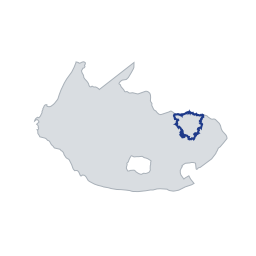 location of Waterberg, Limpopo, South Africa, rotated 53°
{"feature_id": "47623444B68910643198214", "entity_name": "Waterberg", "entity_type": "district", "adm_level": 2, "iso_a3": "ZAF", "parent_name": "South Africa", "parent_adm1": "Limpopo", "projection": "robinson", "projection_center": [27.237, -24.067], "detail": "fine", "context": "in_parent", "style": "outline", "palette": "blue", "viewbox_px": 256, "rotation_deg": 53, "n_neighbors": 0, "source": "geoboundaries", "source_scale": "gbopen_adm2", "svg_char_len": 7751}
<svg xmlns="http://www.w3.org/2000/svg" viewBox="0 0 256 256"><g transform="rotate(53 128 128)"><path d="M173.7,53.1L179.2,52.3L181.7,52.7L184.7,54.0L187.4,54.5L192.2,54.0L193.8,54.2L195.1,54.7L196.0,55.3L197.3,60.4L198.5,65.8L198.4,67.6L198.6,68.3L199.9,70.6L200.4,72.0L201.2,73.2L202.8,79.0L203.0,80.0L202.9,94.0L202.2,95.7L202.5,97.9L201.7,98.2L197.0,95.4L196.2,95.5L194.9,96.6L193.6,98.2L193.1,99.6L190.7,103.4L190.5,105.8L190.7,107.9L191.5,107.9L192.0,109.4L193.3,111.8L195.4,113.3L197.4,114.0L200.2,114.1L202.4,114.1L202.3,112.5L202.8,108.2L206.5,108.8L212.0,108.6L211.6,111.4L209.5,117.7L208.2,124.8L206.5,128.4L205.6,129.9L202.9,132.5L201.5,133.3L200.4,133.6L195.8,138.9L194.1,141.5L192.6,145.2L191.1,147.2L188.8,151.6L185.0,158.0L181.7,162.2L180.3,163.4L179.3,164.0L176.8,166.5L173.2,170.4L170.4,173.9L166.3,177.8L163.9,179.6L160.3,183.0L159.4,183.5L155.4,186.7L152.5,188.6L147.8,190.8L146.0,191.4L141.6,190.9L139.7,191.2L138.2,192.5L138.1,194.4L137.4,194.7L133.4,193.8L131.7,194.0L130.7,195.0L130.0,196.3L127.6,196.4L123.5,195.1L118.6,194.2L117.5,194.1L115.2,195.1L114.3,195.3L110.9,195.1L109.0,194.4L107.2,194.4L105.8,195.0L104.1,195.1L99.6,198.8L97.2,198.8L95.2,199.2L91.6,198.7L90.5,198.9L89.5,199.6L87.0,199.9L86.1,200.4L82.0,203.7L80.3,203.4L78.2,203.3L75.7,201.6L74.7,201.7L75.0,201.2L75.0,200.2L74.2,199.3L73.2,199.3L72.7,198.5L71.2,198.4L70.0,198.7L69.7,195.6L69.1,195.3L67.7,195.2L66.9,195.3L66.6,195.6L66.2,196.3L66.3,198.5L65.8,197.9L65.2,196.6L64.9,195.2L65.1,193.6L66.2,193.0L65.8,190.9L64.0,187.4L62.9,186.6L62.0,184.8L61.2,184.2L60.8,182.9L60.0,181.9L59.7,180.3L60.1,179.3L60.8,178.8L61.5,179.6L62.4,179.3L63.6,178.2L64.3,176.4L64.3,173.6L64.1,171.8L62.9,167.3L62.4,166.2L60.1,163.0L57.3,158.6L53.7,151.7L52.0,147.6L49.4,139.2L47.1,134.5L44.4,130.1L44.0,129.8L44.4,129.3L45.8,128.3L46.4,128.0L46.8,128.1L47.1,127.8L47.4,127.1L47.6,125.6L48.2,123.9L48.8,123.3L50.1,122.8L51.0,123.4L51.4,124.0L51.6,124.8L52.1,125.2L52.7,125.2L53.2,125.6L53.5,126.6L53.5,127.4L53.1,127.8L53.2,128.4L53.7,129.2L54.3,130.8L56.8,131.6L58.3,131.7L59.7,132.1L61.0,132.9L63.1,133.0L66.0,132.7L68.5,132.8L70.4,133.5L71.8,133.7L72.6,133.2L73.0,132.6L72.9,131.7L73.3,131.2L74.2,131.0L75.0,130.3L75.6,129.3L76.9,128.5L79.0,127.8L80.0,127.8L79.3,83.8L83.1,86.8L84.0,88.2L85.9,92.4L87.9,97.4L88.2,99.9L88.1,100.4L86.3,103.8L86.2,105.4L86.5,107.3L86.9,108.3L87.5,108.6L88.8,108.1L90.9,108.7L94.8,108.4L96.8,108.7L97.3,108.5L97.7,108.1L98.2,107.0L98.7,106.6L100.5,106.1L101.3,105.4L102.6,103.1L106.4,100.0L106.9,99.3L109.2,92.0L110.0,90.9L111.1,90.2L113.2,89.7L114.5,90.0L115.8,90.6L117.4,91.7L119.7,93.7L120.5,94.0L122.8,94.1L124.2,95.4L128.5,96.3L129.7,96.2L131.1,95.5L133.3,95.5L135.6,95.0L137.1,93.7L139.8,85.7L140.1,83.9L140.4,83.4L142.7,82.5L145.4,81.8L146.0,81.5L147.7,79.2L149.9,77.4L151.5,70.9L152.5,69.4L153.1,68.8L153.5,68.8L154.1,68.4L154.9,67.6L155.8,67.1L156.8,66.9L157.4,66.4L157.8,65.5L158.3,65.1L159.0,65.1L159.5,64.9L159.6,64.3L161.3,62.9L161.3,62.3L162.3,61.0L164.1,58.8L165.9,57.6L167.6,57.4L170.7,56.3L171.8,55.3L172.5,53.9L173.7,53.1ZM168.3,147.9L171.0,146.8L173.0,145.4L173.5,142.8L175.0,141.2L175.6,139.7L176.0,137.6L175.1,135.5L173.9,134.8L171.6,133.0L170.6,131.7L169.2,130.7L168.2,129.4L166.7,129.8L164.2,130.8L162.7,131.8L161.4,132.9L159.2,133.7L157.0,137.2L156.3,138.0L154.7,140.6L152.2,141.9L152.2,142.4L153.0,144.5L154.1,146.6L155.3,148.3L155.2,149.3L155.6,150.2L156.7,150.7L158.4,152.9L159.3,153.6L162.0,154.1L162.4,153.9L163.1,152.7L163.2,151.8L165.0,149.0L165.8,148.2L168.3,147.9Z" fill="#d9dde1" stroke="#a8b0b8" stroke-width="1"/><path d="M165.0,90.2L165.8,90.0L165.9,90.3L166.4,90.3L166.5,90.2L167.1,90.2L167.1,89.6L168.1,89.5L168.4,89.8L168.7,89.3L168.8,89.5L168.8,89.4L168.9,89.0L168.7,89.0L168.3,88.3L168.6,88.2L168.6,87.8L168.5,88.0L168.1,88.1L167.5,88.3L167.4,88.5L166.6,88.9L165.9,89.0L166.2,88.9L166.0,88.4L165.8,88.3L166.5,88.0L167.0,88.0L166.8,87.5L168.2,87.3L168.2,87.2L168.5,87.2L168.3,86.8L168.2,86.5L168.7,86.1L169.3,85.9L169.8,85.4L170.6,85.5L171.5,85.3L171.4,85.1L171.6,84.9L171.8,85.4L172.1,85.3L172.8,85.4L173.0,85.8L173.1,86.2L174.0,85.9L174.1,85.7L174.0,85.3L174.3,85.2L174.6,84.2L175.0,84.2L175.0,83.8L175.0,83.4L174.8,83.0L176.1,82.4L176.3,82.4L176.1,81.9L176.4,81.8L176.2,81.4L175.9,81.5L175.7,81.1L175.3,79.9L175.1,79.5L174.9,79.0L174.9,78.5L174.6,78.5L173.4,79.0L172.8,78.9L172.9,78.1L172.7,78.1L172.6,77.5L173.0,77.0L173.3,77.3L173.8,77.2L174.0,77.7L174.3,77.3L174.2,76.9L174.2,76.5L174.6,76.2L174.6,75.8L174.4,75.7L174.2,75.6L174.2,75.3L173.9,75.4L173.9,75.2L174.3,74.6L174.2,74.6L173.8,74.6L173.2,74.3L173.0,73.8L172.7,73.4L172.3,73.3L172.1,73.0L172.3,72.6L171.5,72.2L171.3,72.8L171.0,72.9L170.7,72.5L170.7,72.4L170.8,72.2L170.7,72.0L171.1,71.9L170.8,71.6L171.0,70.9L171.0,70.2L171.5,69.9L171.6,69.7L172.0,69.7L171.4,69.0L170.9,68.3L170.5,67.9L170.2,67.5L170.0,67.0L169.6,66.5L169.0,66.5L168.9,66.7L169.0,66.8L168.8,67.0L168.1,67.4L168.1,67.0L167.8,67.0L167.5,66.7L167.1,66.6L166.9,66.2L166.2,66.7L165.9,66.1L165.6,66.1L165.6,65.9L165.3,64.9L165.6,64.7L165.4,64.0L165.0,63.6L164.6,63.8L164.3,63.1L164.3,62.5L164.5,62.5L164.4,62.1L164.0,61.7L163.9,61.9L163.5,61.5L163.7,61.4L163.3,61.0L163.6,60.9L163.1,60.6L163.4,60.5L163.0,60.2L162.7,60.4L162.4,60.5L162.5,60.8L162.4,61.0L162.5,61.1L162.4,61.5L162.1,61.7L161.9,61.7L161.6,62.0L161.4,62.0L161.4,62.4L161.3,62.7L161.4,62.9L161.3,63.1L161.1,63.3L160.4,63.8L160.2,63.8L160.1,64.0L159.7,64.2L159.7,64.4L159.7,64.5L159.5,64.8L159.4,65.0L159.3,65.3L159.1,65.3L159.1,65.2L158.9,64.9L158.6,64.9L158.5,65.1L158.3,65.2L158.2,65.2L157.8,65.1L157.8,65.3L157.8,65.5L157.7,65.6L157.6,65.9L157.6,66.0L157.4,66.3L157.5,66.4L157.5,66.6L157.4,66.7L157.2,66.9L157.2,67.0L156.8,67.2L156.7,67.1L156.2,67.1L156.1,67.6L155.9,67.6L155.8,67.4L155.8,67.2L155.6,67.2L155.5,67.3L155.6,67.5L155.2,67.6L155.3,67.4L155.0,67.3L155.0,67.5L154.9,67.7L154.9,67.9L154.8,68.0L154.6,68.0L154.4,68.2L154.1,68.3L153.9,68.4L154.0,68.3L153.6,68.5L153.8,68.7L153.8,68.8L153.7,68.8L153.4,68.8L153.2,68.8L153.0,69.0L153.2,69.3L152.8,69.2L152.8,69.3L152.7,69.3L152.8,69.6L152.7,69.7L152.5,69.8L152.4,69.9L152.2,69.8L152.3,70.0L152.5,70.2L152.5,70.4L152.4,70.3L152.4,70.5L152.0,70.7L152.0,70.4L151.9,70.4L151.9,70.2L151.7,70.1L151.6,70.3L151.7,70.5L151.3,70.9L151.4,71.0L151.2,71.5L151.3,71.5L151.3,71.8L151.1,72.0L151.1,72.3L151.2,72.5L150.9,72.7L150.9,72.8L151.1,72.8L151.2,73.0L151.0,73.3L150.9,73.6L150.9,73.9L150.8,74.1L150.7,74.8L150.5,75.1L150.4,75.6L150.2,75.7L150.2,75.8L150.3,76.0L150.2,76.1L150.3,76.2L150.4,76.4L150.4,76.5L150.2,76.5L150.3,76.8L150.3,77.1L150.2,77.1L150.2,77.3L150.3,77.4L150.2,77.4L150.3,77.5L150.2,77.5L150.0,77.8L149.9,77.7L149.7,77.9L149.6,78.1L149.4,78.2L149.1,78.2L148.9,78.1L148.8,78.3L148.7,78.3L148.6,78.5L148.4,78.5L148.2,78.7L148.2,78.8L148.2,79.1L147.9,79.1L147.7,79.3L147.4,79.4L147.4,79.5L147.2,79.7L147.1,79.9L147.0,80.1L146.9,80.1L146.6,80.3L146.6,80.5L146.3,81.2L146.3,81.3L146.2,81.5L146.0,81.8L145.7,81.9L145.7,82.1L145.5,82.3L145.7,82.5L145.7,82.8L145.6,83.2L145.7,83.5L145.8,83.7L145.7,83.7L145.9,84.0L146.1,84.0L147.2,84.3L147.7,84.2L148.5,84.9L149.1,85.1L149.4,84.5L151.1,83.8L151.4,83.8L151.4,83.1L151.9,83.1L152.1,85.1L152.7,85.3L153.1,85.8L153.2,86.2L153.5,85.8L154.0,86.0L153.8,86.4L153.7,86.9L154.0,86.9L153.9,87.3L154.4,86.9L154.9,87.0L155.1,87.5L156.0,87.3L156.6,87.3L156.8,87.3L157.0,87.4L157.1,87.5L157.5,87.5L157.4,87.4L157.5,87.2L157.8,86.8L157.8,86.3L158.1,86.2L158.7,86.3L159.2,86.3L159.5,86.1L159.8,86.1L161.4,86.5L161.5,86.1L161.8,86.0L162.1,86.2L162.3,86.3L162.8,86.2L163.2,86.2L163.2,86.5L163.6,86.7L164.6,87.1L164.2,87.8L164.1,88.0L163.7,87.9L163.5,87.5L163.1,87.6L162.8,87.7L162.9,88.2L163.3,88.2L163.3,88.9L163.7,89.0L164.1,88.8L164.5,89.0L165.0,90.0L165.0,90.2Z" fill="none" stroke="#1e3a8a" stroke-width="2"/></g></svg>